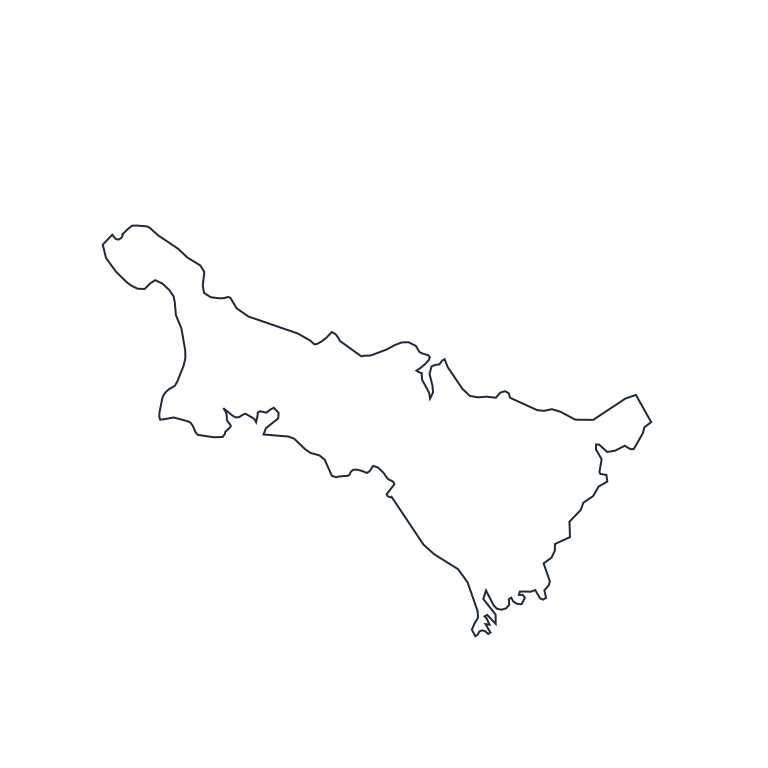 Cornwall, Robinson projection, rotated 59°
{"feature_id": "GBR-2110", "entity_name": "Cornwall", "entity_type": "Unitary Single-Tier County", "adm_level": 1, "iso_a3": "GBR", "parent_name": "United Kingdom", "parent_adm1": "", "projection": "robinson", "projection_center": [-4.862, 50.441], "detail": "fine", "context": "isolated", "style": "outline", "palette": "slate", "viewbox_px": 768, "rotation_deg": 59, "n_neighbors": 0, "source": "natural_earth", "source_scale": "10m", "svg_char_len": 3261}
<svg xmlns="http://www.w3.org/2000/svg" viewBox="0 0 768 768"><g transform="rotate(59 384 384)"><path d="M643.5,379.3L643.1,380.5L640.5,383.6L636.9,385.2L632.7,385.0L632.7,387.7L637.8,390.5L639.2,394.9L638.0,399.5L634.9,402.9L630.4,404.0L613.5,402.9L619.4,409.6L639.2,407.1L647.1,411.8L635.0,414.5L635.0,417.5L637.9,416.8L644.7,417.5L642.1,420.7L651.9,420.7L651.9,423.4L648.0,424.6L645.6,426.9L645.3,429.9L647.1,432.9L647.2,435.6L639.8,435.2L636.0,429.9L632.7,423.7L626.7,420.7L596.9,414.5L580.9,415.9L555.7,428.7L542.0,432.9L484.7,435.6L484.8,436.3L483.7,437.6L481.9,438.6L479.9,438.6L475.2,426.7L472.7,426.4L470.6,427.5L468.7,428.9L466.7,429.7L459.7,430.2L452.5,432.1L448.6,435.7L451.4,441.3L451.4,444.6L449.0,446.2L445.7,449.0L442.9,452.1L441.6,454.9L442.2,457.6L444.0,460.5L444.0,462.4L439.9,470.6L439.3,473.0L435.8,476.0L418.5,473.8L411.9,476.1L405.4,482.4L399.3,485.2L384.5,489.2L379.8,493.0L365.2,513.3L361.0,507.8L359.0,492.4L354.5,489.2L347.6,490.7L347.4,494.6L348.0,499.6L343.5,504.3L343.5,507.0L345.6,508.3L350.9,513.3L347.9,513.1L345.6,513.9L341.3,516.3L338.0,518.2L337.6,521.4L337.8,525.0L336.4,528.2L333.3,530.1L322.0,534.1L326.0,534.0L329.0,534.6L334.0,537.1L335.7,537.3L339.7,536.7L341.3,537.1L342.1,539.0L343.3,544.8L344.8,546.0L346.3,549.7L341.7,557.7L331.7,569.8L328.5,570.4L321.5,569.4L317.2,569.8L314.8,571.5L304.4,581.5L300.4,591.9L299.2,594.3L296.0,593.3L292.5,590.9L282.0,581.3L280.3,579.2L278.8,576.1L277.6,570.6L277.9,567.1L277.7,564.0L275.3,559.7L265.3,546.6L259.7,541.1L252.9,537.1L231.9,529.0L217.8,526.9L206.1,521.2L200.3,519.2L193.0,519.6L183.9,522.2L177.2,526.6L177.3,532.6L179.3,540.2L175.5,546.1L169.2,550.1L164.0,552.2L149.6,555.9L132.9,557.4L119.7,553.3L116.1,540.0L119.5,539.7L122.0,538.9L123.5,537.1L123.6,534.3L122.6,532.3L121.5,531.1L120.9,531.1L119.1,522.9L118.5,518.3L119.8,516.3L120.5,514.8L127.1,505.7L129.9,504.2L140.1,501.1L162.4,490.7L174.4,487.4L187.8,480.4L195.4,480.3L206.2,488.6L213.3,491.4L220.4,487.8L225.5,481.3L228.0,477.0L229.0,473.0L230.9,471.3L243.3,471.3L256.3,465.5L296.3,431.9L309.1,424.7L313.9,423.4L315.1,421.2L315.4,416.2L314.9,410.7L312.6,401.9L316.5,399.8L321.8,399.4L324.4,399.6L348.6,389.2L349.4,386.7L352.7,380.8L355.8,363.9L356.2,355.1L357.4,347.6L360.8,341.5L367.7,337.1L374.8,337.1L377.4,335.6L381.9,331.4L384.6,330.9L386.6,333.3L388.1,338.4L389.0,344.3L389.3,349.3L391.6,348.1L392.5,347.5L393.9,346.1L400.2,349.2L414.6,349.8L420.2,352.0L416.4,346.2L410.3,343.3L398.8,339.8L393.4,334.2L394.0,330.2L395.7,326.5L393.9,322.0L393.9,319.3L402.5,320.7L428.4,319.3L438.4,316.6L443.9,310.2L447.9,302.3L453.4,295.2L451.3,288.7L452.5,284.0L456.0,281.9L460.8,283.0L485.4,266.1L489.4,260.7L492.1,253.0L498.6,247.1L513.1,238.4L522.5,223.2L520.8,184.7L523.1,173.7L554.3,174.6L555.2,183.1L559.4,187.3L568.4,203.4L566.8,206.3L560.9,209.5L560.2,220.2L557.3,227.6L546.8,230.8L545.1,233.4L549.3,236.0L560.6,236.2L570.3,244.6L572.5,244.9L576.5,240.2L582.7,242.9L582.4,252.8L587.8,262.5L588.4,274.2L593.3,280.3L597.5,295.9L611.0,303.4L609.2,319.9L614.8,323.3L619.1,329.8L620.0,339.6L638.7,343.5L641.6,346.8L643.4,352.8L650.8,355.2L650.8,358.6L648.2,360.6L638.5,360.5L637.6,365.2L633.9,371.0L631.9,374.5L634.2,377.0L636.2,373.7L639.9,373.4L643.5,379.3Z" fill="none" stroke="#1e293b" stroke-width="2"/></g></svg>